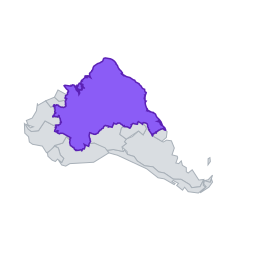 location of Brazil within South America, rotated 291°
{"feature_id": "BRA", "entity_name": "Brazil", "entity_type": "country or territory", "adm_level": 0, "iso_a3": "BRA", "parent_name": "South America", "parent_adm1": "", "projection": "natural_earth1", "projection_center": [-55.283, -14.242], "detail": "fine", "context": "in_parent", "style": "filled", "palette": "violet", "viewbox_px": 256, "rotation_deg": 291, "n_neighbors": 12, "source": "natural_earth", "source_scale": "50m", "svg_char_len": 9140}
<svg xmlns="http://www.w3.org/2000/svg" viewBox="0 0 256 256"><g transform="rotate(291 128 128)"><path d="M106.2,218.1L108.4,221.4L114.3,223.8L106.7,224.2L106.2,218.1ZM129.5,153.6L127.5,165.9L130.5,168.4L131.6,173.1L125.9,178.4L118.7,178.7L119.3,184.1L117.9,185.1L112.5,185.2L112.9,188.1L116.4,189.5L112.6,192.2L111.9,196.6L108.1,198.1L107.5,200.3L112.0,202.9L104.8,212.8L107.2,217.3L99.0,216.3L95.1,208.8L97.3,205.8L99.1,195.9L96.5,188.7L99.0,177.9L98.0,172.4L100.7,165.2L98.7,157.0L100.5,148.5L103.6,143.9L103.1,137.0L105.7,135.5L108.2,129.1L112.9,132.0L113.8,129.6L116.6,129.7L121.5,135.1L129.0,138.9L127.0,144.6L134.1,145.4L137.9,140.0L139.1,144.0L129.5,153.6Z" fill="#d9dde1" stroke="#a8b0b8" stroke-width="1"/><path d="M106.2,218.1L106.7,224.2L110.2,224.3L107.8,226.3L101.7,224.7L93.3,218.6L101.2,222.1L102.8,218.9L106.2,218.1ZM99.8,116.7L102.7,122.1L104.4,132.2L106.5,132.5L103.1,137.0L103.6,143.9L100.5,148.5L98.7,157.0L100.7,165.2L98.0,172.4L99.0,177.9L96.5,188.7L99.1,195.9L97.3,205.8L95.1,208.8L99.0,216.3L106.3,217.1L101.5,218.8L100.5,221.5L92.5,217.0L90.1,207.0L93.0,202.1L89.5,201.2L91.8,194.0L94.4,195.0L95.2,189.0L93.6,188.3L93.2,191.9L91.7,191.4L93.5,180.0L92.3,173.9L96.6,160.1L98.8,127.9L97.9,119.0L99.8,116.7Z" fill="#d9dde1" stroke="#a8b0b8" stroke-width="1"/><path d="M122.3,215.9L128.0,213.8L129.7,215.1L126.2,216.9L122.3,215.9Z" fill="#d9dde1" stroke="#a8b0b8" stroke-width="1"/><path d="M129.5,153.6L138.7,159.0L140.0,161.0L138.6,165.8L132.9,167.2L127.7,164.4L129.5,153.6Z" fill="#d9dde1" stroke="#a8b0b8" stroke-width="1"/><path d="M99.6,97.5L110.0,94.0L109.9,99.2L122.1,105.7L123.0,112.9L127.8,113.0L129.6,118.5L128.8,123.7L125.7,121.9L119.1,122.7L117.0,130.4L113.8,129.6L112.9,132.0L108.2,129.1L104.4,132.2L102.7,122.1L99.8,116.7L101.8,102.1L99.6,97.5Z" fill="#d9dde1" stroke="#a8b0b8" stroke-width="1"/><path d="M98.5,78.1L91.0,81.0L88.3,87.5L90.3,93.1L92.9,94.8L97.2,93.2L97.0,97.6L99.6,97.5L101.8,102.1L101.3,113.6L97.9,119.0L83.7,108.2L73.9,86.5L70.1,83.5L69.7,79.4L72.4,75.5L72.1,78.5L76.6,78.9L78.6,74.4L84.3,70.2L85.4,65.8L90.5,72.4L98.1,73.6L96.5,76.5L98.5,78.1Z" fill="#d9dde1" stroke="#a8b0b8" stroke-width="1"/><path d="M106.0,62.0L104.4,59.8L98.7,60.7L100.2,62.8L98.2,64.1L99.7,68.9L98.5,78.1L96.5,76.5L98.1,73.6L90.5,72.4L85.4,65.8L79.6,64.5L75.7,60.8L80.4,54.5L78.6,44.7L79.6,40.9L84.2,38.3L86.2,33.5L95.0,29.7L90.1,39.1L93.4,45.4L104.9,48.0L103.7,57.5L106.0,62.0Z" fill="#d9dde1" stroke="#a8b0b8" stroke-width="1"/><path d="M121.5,50.6L115.5,54.7L111.2,53.9L112.6,58.4L114.8,59.3L107.4,63.6L103.7,57.5L104.9,48.0L93.4,45.4L90.1,39.1L91.1,35.3L93.5,32.0L95.1,31.5L93.2,37.0L95.2,39.2L94.9,33.8L98.6,30.4L102.9,35.0L111.1,36.4L118.7,34.6L116.5,35.4L123.9,41.4L119.8,48.4L121.5,50.6Z" fill="#d9dde1" stroke="#a8b0b8" stroke-width="1"/><path d="M132.0,60.2L126.9,62.0L124.2,60.5L123.3,51.1L119.8,48.4L123.9,41.4L130.4,48.3L128.2,53.9L132.0,60.2Z" fill="#d9dde1" stroke="#a8b0b8" stroke-width="1"/><path d="M137.0,59.0L132.0,60.2L129.3,56.0L128.2,53.9L130.4,48.3L138.4,49.0L137.0,59.0Z" fill="#d9dde1" stroke="#a8b0b8" stroke-width="1"/><path d="M84.7,66.1L84.3,70.2L78.6,74.4L76.6,78.9L72.1,78.5L73.7,73.4L70.7,72.2L70.8,68.7L72.9,63.4L76.0,61.7L84.7,66.1Z" fill="#d9dde1" stroke="#a8b0b8" stroke-width="1"/><path d="M128.0,124.3L128.6,129.9L133.9,130.7L134.8,135.3L137.5,135.5L136.3,143.1L134.1,145.4L127.0,144.6L129.0,138.9L117.0,130.4L119.1,122.7L125.7,121.9L128.0,124.3Z" fill="#d9dde1" stroke="#a8b0b8" stroke-width="1"/><path d="M106.0,62.1L107.4,63.4L108.1,63.4L109.0,62.8L109.4,63.2L109.4,63.7L109.6,63.7L110.5,62.5L112.7,61.2L113.2,60.1L114.7,59.4L114.8,58.7L113.1,58.4L113.2,57.9L112.7,56.4L112.7,55.3L111.6,54.0L111.3,53.3L111.8,53.7L112.8,53.7L113.2,54.3L114.9,54.2L115.9,55.2L116.1,55.2L116.4,55.0L116.5,54.0L117.3,53.6L117.9,53.8L118.7,53.5L120.1,52.6L120.8,52.5L121.7,51.5L121.4,50.6L121.7,50.5L122.9,50.5L123.3,50.9L122.9,52.5L124.0,53.0L123.9,53.4L124.4,54.3L123.7,55.3L123.7,56.0L123.3,57.9L123.6,58.8L123.9,59.1L123.9,60.2L124.1,60.6L125.2,61.7L126.1,62.2L127.0,61.9L127.0,61.5L127.4,61.1L128.2,61.3L128.3,60.9L129.3,60.7L129.9,60.0L130.5,59.8L131.2,60.2L132.1,60.0L133.4,60.3L133.5,59.8L133.0,59.1L133.4,58.4L134.0,58.7L135.9,58.1L136.7,58.9L138.0,59.5L138.9,58.8L139.6,59.1L140.0,58.9L140.3,59.3L140.9,59.3L141.7,58.6L142.5,56.4L144.5,53.2L145.3,53.8L146.6,59.5L146.8,59.6L147.2,60.4L148.5,60.9L148.6,62.3L147.6,63.2L146.5,65.0L145.1,65.9L144.1,67.9L144.0,68.6L143.5,69.1L143.4,69.6L142.8,69.6L141.7,70.2L142.9,70.4L143.5,70.3L146.1,68.4L146.3,68.7L146.1,68.9L146.6,70.8L147.3,71.5L148.4,71.0L149.1,71.3L150.1,70.7L149.3,73.4L149.7,72.9L150.3,71.2L150.9,71.0L151.6,70.0L152.2,70.4L152.5,70.0L152.2,69.7L152.2,69.0L153.1,67.8L154.5,67.6L154.8,67.9L154.8,67.5L155.2,67.5L156.4,67.9L156.8,68.5L157.8,68.7L159.3,69.6L159.7,69.6L160.1,70.7L160.7,69.9L161.6,70.7L161.5,70.9L161.8,70.7L162.1,71.6L161.5,72.2L161.7,72.6L162.3,72.0L162.4,72.5L162.1,72.6L161.9,73.1L161.6,75.0L162.3,74.2L162.8,72.8L163.1,72.9L162.9,73.8L163.6,73.2L164.8,72.9L165.0,72.6L166.1,72.8L167.8,73.8L168.7,73.6L169.7,74.1L172.2,73.8L173.5,74.0L177.2,76.5L178.3,77.9L179.4,79.0L180.2,79.3L180.5,79.9L181.9,80.5L183.5,80.3L184.5,80.6L185.3,81.8L186.3,86.8L186.2,88.8L185.9,90.1L185.4,91.6L184.3,93.4L183.9,93.8L183.5,93.8L183.5,94.2L182.2,96.1L180.9,97.1L179.8,98.8L179.8,98.3L178.9,100.8L177.5,103.0L176.9,103.3L176.8,102.7L176.4,102.3L176.0,102.8L176.2,103.1L176.0,103.8L175.5,104.5L175.4,105.1L175.6,105.2L175.5,106.4L175.5,106.6L175.7,106.4L175.4,108.2L175.8,111.7L174.9,115.6L175.0,117.1L173.7,118.7L173.3,122.5L172.7,123.0L171.7,125.5L170.7,126.4L170.3,127.4L170.0,128.2L170.1,129.6L168.4,130.5L167.7,131.3L167.8,131.9L167.5,132.4L165.3,132.4L164.8,131.7L164.6,131.9L164.6,132.5L162.9,132.8L162.8,132.7L163.5,132.6L163.0,132.3L161.1,132.7L161.0,133.1L161.3,133.3L159.4,134.3L159.1,134.9L157.8,134.9L155.6,136.2L152.9,138.5L153.1,138.6L153.0,138.9L152.3,139.6L152.4,139.3L151.8,139.2L151.7,139.7L151.0,139.5L151.1,139.8L151.8,140.1L151.5,140.8L151.2,140.8L151.4,141.1L151.3,141.8L151.0,142.1L151.2,142.5L151.1,143.4L151.4,144.8L151.2,145.9L151.2,147.4L150.7,148.8L149.6,149.7L148.4,151.1L147.1,154.2L145.5,156.7L142.8,159.2L142.8,158.3L143.2,158.4L143.7,158.2L144.7,157.3L145.0,156.3L145.4,156.2L145.5,155.6L146.1,155.0L146.1,154.2L146.4,154.3L146.4,153.7L145.3,154.1L144.7,153.1L144.7,153.7L145.0,154.1L144.7,155.2L144.1,156.2L143.0,157.0L142.5,158.5L142.6,159.3L141.4,162.2L139.6,163.9L139.3,163.7L139.3,162.3L140.2,161.0L139.1,160.0L138.7,159.0L137.6,158.4L136.8,157.3L135.4,156.7L134.3,155.5L133.9,156.0L133.4,156.1L133.3,155.3L131.4,153.3L130.7,153.4L130.5,153.8L129.5,153.5L131.1,151.8L133.6,148.2L134.1,148.3L134.0,147.7L135.6,146.8L136.2,145.8L137.4,145.5L138.6,144.6L138.9,143.9L139.0,142.0L138.5,140.3L138.2,140.1L136.7,140.1L137.2,138.7L137.5,135.8L137.7,135.6L136.7,134.9L135.3,135.5L134.8,135.3L134.2,132.2L134.3,131.6L133.8,130.7L132.8,130.4L132.3,129.8L131.8,130.3L131.1,130.4L128.8,130.0L128.5,129.8L128.9,126.7L128.0,124.3L128.8,123.7L128.1,123.0L129.1,121.0L128.9,120.6L129.7,118.6L128.8,116.5L128.4,116.5L127.4,115.7L127.2,114.2L127.5,113.0L123.0,112.9L122.8,110.6L122.0,109.5L122.7,109.5L122.7,108.1L122.2,106.9L122.4,106.4L122.1,105.7L120.7,104.8L118.9,104.9L118.1,103.9L116.5,103.4L115.7,102.4L115.0,102.5L114.2,101.9L113.6,102.0L112.4,101.8L112.1,101.2L110.9,100.4L110.7,99.8L110.4,99.8L109.9,98.3L110.1,97.7L109.8,96.2L110.1,95.1L109.9,93.9L106.9,94.4L104.8,95.8L104.1,96.7L103.2,96.7L102.6,97.5L101.9,97.9L100.3,97.5L98.5,97.4L97.6,97.8L97.1,97.4L96.8,97.6L96.8,94.2L97.0,93.1L95.3,94.6L92.9,94.7L92.9,94.2L92.4,93.3L90.3,93.0L90.9,92.1L90.9,91.8L89.5,89.9L88.9,88.7L89.0,88.3L88.3,87.6L88.4,87.1L89.0,86.9L88.8,86.2L88.9,85.7L90.4,84.4L90.2,83.4L90.8,82.0L91.0,80.5L93.6,78.7L95.8,78.3L96.2,77.8L97.2,77.7L97.6,78.1L98.3,78.1L99.7,69.1L99.2,67.9L99.1,67.1L98.0,66.1L98.1,64.0L99.5,63.6L100.3,63.8L100.3,63.2L99.9,62.6L98.6,62.6L98.6,60.7L99.4,60.5L102.8,60.7L102.6,60.3L102.7,59.9L103.4,60.6L104.7,59.5L105.4,60.7L105.5,62.2L106.0,62.1ZM149.3,66.3L150.6,66.1L152.4,66.5L151.9,68.3L151.3,69.2L151.3,69.7L150.8,70.1L150.4,69.8L150.3,70.3L149.6,70.1L149.4,70.6L148.8,70.9L148.2,70.6L147.1,70.9L146.5,69.3L146.5,68.9L146.9,68.9L146.6,68.8L146.4,68.3L146.7,66.5L147.7,66.0L149.3,66.3ZM145.2,68.6L143.5,69.9L144.1,68.8L144.2,68.1L144.5,67.6L145.2,67.2L145.5,67.6L145.2,68.6ZM147.7,65.0L149.1,65.0L148.6,65.7L147.5,65.5L147.7,65.0ZM147.5,64.9L147.2,65.7L146.8,65.5L147.4,64.0L147.5,64.9ZM149.8,66.0L149.1,66.1L148.8,65.9L149.6,65.4L149.9,65.7L149.8,66.0ZM146.7,66.1L146.0,66.6L145.8,66.3L145.9,66.0L146.3,65.8L146.7,65.8L146.7,66.1ZM148.0,64.5L147.7,64.6L147.7,64.2L148.2,63.8L148.0,64.5ZM147.6,60.0L147.2,60.1L147.1,59.5L147.5,59.5L147.6,60.0ZM151.7,145.4L151.4,146.6L151.4,145.9L151.7,145.4ZM159.5,134.7L159.6,135.3L159.1,135.2L159.5,134.7ZM151.4,142.5L151.2,142.1L151.5,141.8L151.4,142.5ZM162.1,74.2L161.9,74.5L162.0,73.7L162.1,74.2ZM176.6,103.4L176.2,103.6L176.5,103.1L176.6,103.4ZM162.4,133.0L161.9,133.2L162.1,132.8L162.4,133.0ZM175.8,104.6L175.7,104.9L175.6,104.7L175.8,104.6ZM161.2,69.5L160.8,69.7L161.0,69.3L161.2,69.5Z" fill="#8b5cf6" stroke="#5b21b6" stroke-width="1.5"/></g></svg>